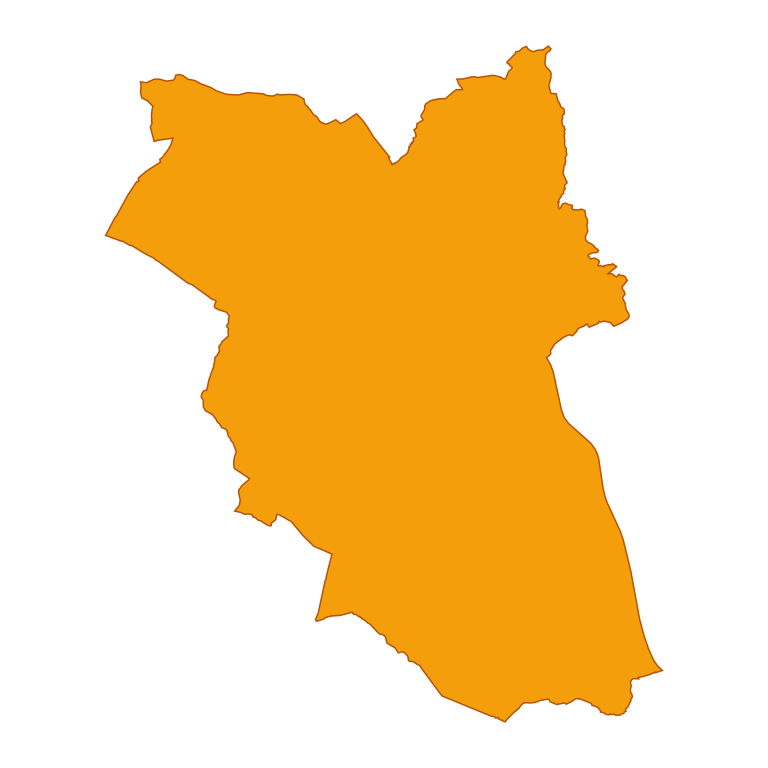 Breaza, Prahova, Romania
{"feature_id": "2599482B80317007736787", "entity_name": "Breaza", "entity_type": "district", "adm_level": 2, "iso_a3": "ROU", "parent_name": "Romania", "parent_adm1": "Prahova", "projection": "equal_earth", "projection_center": [25.656, 45.184], "detail": "fine", "context": "isolated", "style": "filled", "palette": "amber", "viewbox_px": 768, "rotation_deg": 0, "n_neighbors": 0, "source": "geoboundaries", "source_scale": "gbopen_adm2", "svg_char_len": 6042}
<svg xmlns="http://www.w3.org/2000/svg" viewBox="0 0 768 768"><path d="M505.2,721.9L507.2,719.2L513.5,712.8L518.8,708.5L521.4,704.8L523.4,703.3L525.0,702.7L529.7,703.0L535.5,702.4L540.1,700.5L548.2,699.1L548.9,699.3L550.2,701.8L556.8,704.5L564.6,702.9L566.2,704.2L572.2,701.2L575.8,698.5L580.6,699.1L591.1,703.3L592.1,705.6L593.4,705.5L597.7,707.4L600.8,711.3L600.6,712.1L603.6,712.7L606.1,714.5L608.7,714.8L610.1,713.9L611.0,714.6L614.0,714.2L615.4,715.2L620.1,715.1L621.5,713.9L623.7,713.6L624.3,712.0L626.0,711.3L625.4,709.4L627.8,707.1L630.9,700.7L630.9,698.9L632.4,697.2L631.9,694.3L630.7,692.4L630.4,689.6L631.2,685.7L630.5,682.9L631.1,680.6L632.1,679.4L632.8,678.7L638.8,678.8L638.0,677.5L642.5,676.7L650.4,674.3L655.2,672.1L655.4,672.7L662.4,670.5L657.7,666.1L653.6,660.2L648.3,648.3L643.9,635.4L639.6,619.1L630.7,570.6L623.3,540.1L620.3,531.3L607.1,502.5L605.0,496.4L603.2,489.0L598.6,458.3L596.9,452.9L594.7,448.6L590.9,443.4L568.5,423.4L564.2,417.6L561.3,409.4L553.3,372.0L550.3,364.0L546.5,357.6L549.3,355.5L550.8,353.6L550.5,350.7L554.7,344.1L562.8,337.8L566.6,335.8L569.5,334.8L572.0,335.7L572.7,335.5L576.6,331.4L577.7,329.0L580.4,327.4L583.3,326.4L587.3,324.0L589.1,327.2L598.2,323.4L599.1,321.4L600.2,322.2L604.0,321.1L610.3,322.5L613.8,326.3L622.9,322.2L624.4,320.8L626.9,319.7L628.9,317.3L629.1,315.5L628.8,313.9L626.1,309.5L625.0,302.6L623.2,299.6L622.8,297.9L623.0,296.7L625.0,294.3L624.0,291.0L622.3,289.0L622.1,287.0L627.4,280.3L626.3,279.3L625.8,277.4L623.4,275.5L620.9,275.5L618.9,274.3L616.8,276.8L614.4,275.8L612.0,273.6L608.1,273.7L616.7,266.6L612.4,263.7L611.7,264.6L608.7,264.7L604.2,265.7L603.8,266.9L601.1,265.7L599.1,266.0L598.0,265.3L599.3,261.8L599.0,260.5L594.6,258.0L590.2,258.9L589.4,257.2L588.1,256.2L588.2,254.8L591.6,253.1L597.5,252.3L598.6,250.5L597.4,249.2L595.0,247.6L593.6,245.5L590.0,243.1L587.7,242.2L585.5,239.4L585.6,235.8L587.8,231.2L586.8,226.1L587.5,222.7L587.4,219.3L585.8,217.0L584.9,210.5L581.1,209.1L578.7,210.0L573.1,209.7L571.6,208.2L572.6,206.2L572.3,205.2L570.2,205.1L565.5,203.1L562.5,203.9L560.7,207.7L559.7,208.7L559.3,208.9L558.5,206.9L558.6,203.4L557.9,202.6L559.2,201.9L558.5,200.9L559.9,198.1L561.0,197.0L561.4,195.2L563.6,193.4L563.7,190.5L565.2,188.9L564.5,185.6L567.1,182.6L563.1,173.7L564.0,165.8L565.1,164.8L565.0,162.9L565.7,161.7L565.2,157.9L566.9,154.3L566.2,151.9L566.2,148.2L565.2,147.2L564.6,145.5L564.7,138.8L564.1,135.9L564.8,133.1L564.0,131.3L565.1,129.7L564.1,126.5L563.0,126.1L562.3,124.8L561.9,120.5L562.8,117.6L562.2,116.1L562.9,114.7L563.9,114.4L564.4,113.4L564.2,110.0L563.3,108.3L561.0,107.2L560.5,106.2L559.7,103.5L558.1,101.1L556.1,93.6L551.3,93.5L550.7,92.6L548.9,85.4L550.9,78.1L551.0,73.2L550.6,71.7L545.7,66.2L545.0,63.5L545.7,54.7L547.8,51.9L550.0,50.6L551.0,48.9L548.4,46.1L542.8,50.0L538.1,50.1L532.9,51.7L529.5,50.3L527.6,48.4L526.5,46.4L522.8,47.9L519.0,51.2L515.6,51.9L515.5,53.3L507.0,62.0L507.3,63.5L509.2,64.0L509.4,65.2L511.9,67.0L512.0,67.8L511.6,68.8L508.8,71.1L505.4,79.1L503.6,78.9L500.5,77.0L493.1,75.3L477.5,77.5L474.1,76.7L471.6,76.9L462.7,79.0L456.9,79.1L458.9,84.3L461.5,87.5L462.6,89.6L456.4,89.7L452.5,92.4L445.4,98.7L439.1,98.7L431.0,100.5L425.7,103.9L424.7,106.0L424.7,109.2L421.0,115.7L421.2,117.2L422.8,119.3L422.8,120.2L417.1,123.5L416.6,126.0L416.8,127.6L413.9,129.9L414.9,131.5L416.2,136.4L415.3,137.3L413.2,138.1L413.5,141.2L411.8,142.5L412.5,142.9L412.3,143.4L410.1,144.4L410.5,145.8L410.2,146.4L408.8,146.9L409.0,148.6L407.6,152.6L405.3,155.0L401.7,157.1L398.8,160.5L394.9,163.5L394.5,163.0L392.2,164.7L391.4,162.6L390.8,162.1L388.6,157.6L389.6,157.1L373.8,137.3L367.7,127.4L362.9,120.6L356.5,113.7L344.5,121.8L340.5,123.5L335.8,119.7L328.0,123.6L325.2,124.1L319.8,121.5L316.7,116.4L313.5,114.7L310.5,110.2L308.5,108.1L308.1,106.9L305.5,104.8L304.5,102.7L304.0,99.1L296.7,94.9L289.5,94.4L279.9,94.9L277.7,94.1L273.6,95.9L271.0,96.0L266.5,95.4L263.1,93.8L247.5,92.6L238.2,95.0L226.3,94.3L216.4,90.8L210.6,87.4L201.1,83.9L194.8,80.5L187.8,79.2L182.8,75.4L179.0,74.5L175.7,75.3L175.0,78.4L173.2,80.2L166.5,81.1L159.5,79.2L154.4,79.1L146.4,82.7L140.4,81.9L141.1,85.7L140.5,92.5L141.8,97.9L147.7,100.9L152.9,106.4L152.1,109.5L151.5,115.0L151.9,123.5L150.3,127.2L154.2,141.5L157.8,140.3L172.9,138.2L171.0,144.3L168.3,149.4L162.4,157.3L159.7,159.5L160.5,162.0L146.4,171.1L138.7,177.7L138.1,179.2L139.1,181.0L136.5,181.9L127.9,195.0L116.9,215.2L114.8,217.9L105.6,235.4L121.0,241.1L122.4,241.1L130.1,245.5L131.8,245.6L145.4,253.9L153.9,258.2L156.4,260.5L158.0,261.1L187.3,282.8L192.5,285.0L212.1,299.3L215.6,300.4L216.0,301.2L214.3,305.7L214.8,307.6L218.8,309.8L226.5,312.2L229.4,316.3L228.4,318.9L228.5,322.7L226.7,325.9L227.0,326.9L228.6,328.7L228.0,330.7L228.4,336.1L222.0,341.6L221.3,343.5L218.9,346.5L219.4,351.1L217.1,355.5L214.9,357.5L214.9,360.6L213.9,364.0L213.8,366.1L208.9,379.8L206.7,390.3L204.3,390.6L203.2,391.4L201.7,394.0L201.2,397.1L203.3,400.5L203.3,406.8L205.3,410.6L212.2,414.5L216.0,419.2L217.2,421.9L219.7,424.0L221.6,427.4L225.0,428.9L226.9,430.4L228.4,436.5L230.4,438.6L230.9,440.5L233.0,442.8L236.3,451.8L234.6,456.4L233.9,460.4L233.7,464.1L234.3,468.5L249.5,478.6L248.6,479.9L242.2,485.3L238.8,489.9L238.6,492.2L240.2,500.0L239.4,505.2L234.7,511.1L241.0,512.5L244.5,514.2L248.6,514.0L251.8,514.6L253.1,517.1L255.7,517.8L257.7,519.9L260.9,521.0L266.8,524.8L269.8,525.8L271.0,525.9L271.6,523.0L275.7,519.7L277.0,514.3L279.5,515.0L291.3,521.6L303.5,536.2L313.8,546.2L331.9,554.1L326.1,577.3L326.3,578.4L325.2,580.4L318.3,612.8L315.9,618.6L315.8,620.4L316.7,621.2L323.2,619.3L325.9,617.5L331.3,616.0L340.2,615.4L352.3,612.2L353.3,614.1L356.2,614.6L358.5,616.4L360.1,616.6L360.3,617.4L361.6,617.8L361.9,618.8L363.8,619.5L367.8,623.0L369.8,624.0L378.3,632.9L380.5,634.4L382.1,634.4L385.1,636.2L387.1,643.2L395.1,647.9L398.1,652.6L399.2,652.8L402.0,651.8L404.1,652.3L407.4,655.8L408.1,657.6L408.4,660.2L409.2,661.2L413.2,661.6L417.2,664.4L420.0,665.5L420.8,667.4L441.9,695.9L491.5,716.3L494.2,716.6L495.8,718.2L498.3,717.4L498.6,718.9L505.2,721.9Z" fill="#f59e0b" stroke="#b45309" stroke-width="1.5"/></svg>